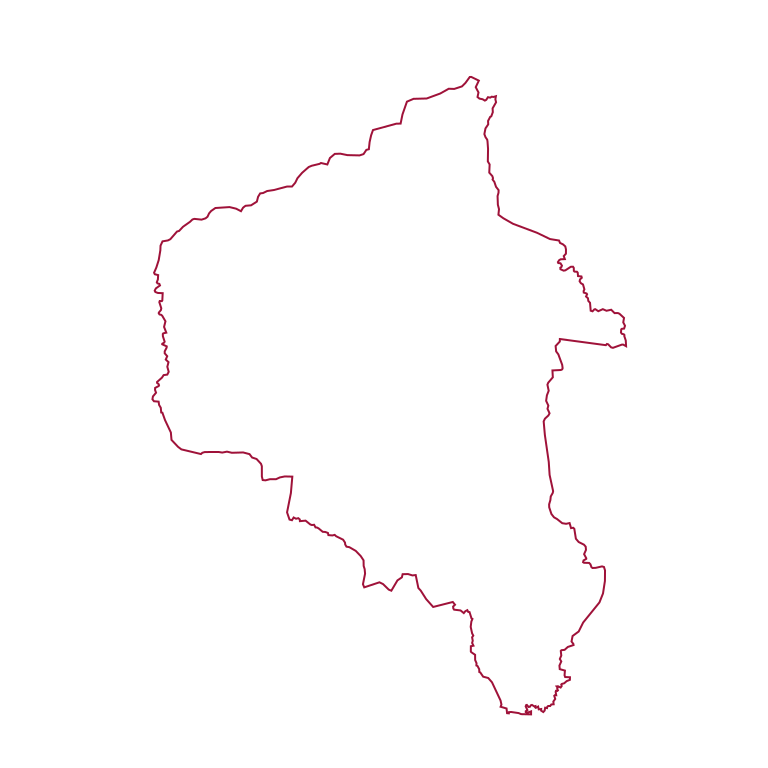 Cam Lo, Quảng Trị, Vietnam, rotated 96°
{"feature_id": "81297802B81560237884054", "entity_name": "Cam Lo", "entity_type": "district", "adm_level": 2, "iso_a3": "VNM", "parent_name": "Vietnam", "parent_adm1": "Quảng Trị", "projection": "orthographic", "projection_center": [107.0, 16.785], "detail": "fine", "context": "isolated", "style": "outline", "palette": "rose", "viewbox_px": 768, "rotation_deg": 96, "n_neighbors": 0, "source": "geoboundaries", "source_scale": "gbopen_adm2", "svg_char_len": 6128}
<svg xmlns="http://www.w3.org/2000/svg" viewBox="0 0 768 768"><g transform="rotate(96 384 384)"><path d="M697.2,203.2L694.2,203.5L695.8,206.9L695.5,208.7L694.6,208.8L693.3,207.3L689.8,209.4L688.4,209.0L688.2,208.4L690.1,206.4L689.7,205.1L688.2,204.4L687.7,203.3L688.9,200.9L688.5,199.8L689.8,199.8L690.2,199.2L688.7,197.0L691.4,196.1L690.8,193.7L692.4,193.6L693.6,191.3L692.0,190.1L689.1,189.9L689.3,188.0L688.0,187.9L687.1,187.1L686.9,185.1L685.2,184.1L684.8,181.8L682.1,182.4L679.3,180.8L676.3,182.1L675.5,181.4L675.5,180.2L672.3,181.1L671.2,180.9L671.2,179.7L670.5,179.0L669.1,179.9L668.0,179.6L666.7,180.7L666.4,179.4L667.4,176.6L665.8,175.7L664.3,176.3L663.7,175.8L662.8,173.5L660.4,171.3L658.8,168.2L656.2,168.4L656.5,173.2L654.8,174.0L650.1,174.1L649.2,179.4L645.7,180.1L641.4,178.7L639.1,180.4L635.5,179.3L631.0,180.3L630.2,179.7L629.5,176.6L626.3,173.7L623.8,168.2L622.7,168.5L620.5,170.6L614.9,170.1L609.8,164.5L600.4,161.0L578.7,146.9L569.4,144.3L556.8,143.7L546.3,144.7L543.0,146.1L542.6,148.1L544.7,154.2L545.2,157.4L544.4,158.6L541.8,159.8L540.5,161.3L540.9,166.4L540.4,167.4L538.6,167.1L536.8,164.6L536.2,164.6L532.3,167.2L527.9,165.8L524.7,166.4L522.9,168.3L520.8,173.9L517.8,177.0L508.1,179.6L507.2,180.8L507.8,182.9L502.9,184.9L504.0,188.3L503.8,192.2L500.2,197.8L498.8,201.0L495.8,203.9L489.4,206.8L486.4,207.2L482.0,206.4L478.4,206.4L474.7,204.8L472.9,204.6L457.1,209.8L444.3,212.0L417.8,218.7L404.5,221.3L401.6,220.3L398.1,217.2L395.8,216.3L391.6,218.8L388.3,218.3L383.8,221.0L378.2,220.8L373.5,219.5L367.6,221.4L365.5,220.8L359.7,216.8L352.9,217.9L351.6,209.6L350.8,208.3L349.6,208.0L346.3,208.8L336.3,213.7L333.6,216.2L328.3,217.3L323.4,213.6L320.9,213.8L322.2,167.4L320.9,166.5L321.1,165.2L323.8,162.0L324.1,160.1L319.9,151.4L319.8,150.3L321.1,147.2L315.5,148.1L311.3,150.0L310.2,150.0L309.5,150.7L309.2,152.7L308.1,153.7L304.9,153.8L304.3,153.3L303.8,151.0L300.9,150.4L297.7,152.5L293.2,152.2L289.5,157.2L289.0,158.8L289.4,162.1L286.4,165.8L287.9,170.4L286.7,174.2L289.2,178.5L287.5,181.7L287.8,182.6L289.9,184.2L289.5,186.1L281.7,187.6L280.0,189.5L277.4,190.1L275.9,192.2L273.5,191.4L272.8,192.0L272.2,194.9L270.7,195.2L268.9,194.6L264.2,196.5L263.2,198.7L261.4,200.2L259.5,200.0L257.7,198.4L256.4,198.9L256.4,202.3L253.0,203.0L252.2,203.8L252.3,206.3L251.7,207.0L248.7,207.4L247.6,208.3L247.9,210.5L252.0,215.5L252.5,217.2L251.4,220.5L249.9,220.8L249.1,219.8L247.7,219.4L245.5,221.1L245.5,223.3L244.6,223.8L242.5,222.7L241.5,221.3L240.9,217.2L238.0,218.6L235.4,216.7L231.1,217.1L228.2,218.1L226.4,220.6L225.3,223.7L223.0,224.9L222.5,234.1L217.6,247.7L211.2,272.4L206.7,282.6L203.7,287.9L198.1,287.9L193.8,289.5L185.2,290.7L181.8,290.1L179.2,290.3L176.2,293.2L171.4,295.4L169.3,297.4L167.9,297.1L165.9,298.0L162.8,301.4L154.6,301.9L151.8,304.0L139.3,305.1L132.0,306.4L130.2,306.9L128.0,308.8L125.0,310.3L119.2,309.8L114.9,307.5L111.5,308.0L107.2,306.3L106.6,305.3L102.3,304.2L98.5,304.8L92.1,302.0L89.2,303.0L86.1,302.8L87.1,305.2L87.0,306.9L88.1,308.3L87.9,310.6L90.7,312.0L91.6,313.3L90.5,315.7L90.2,318.9L88.8,321.0L84.2,320.5L79.2,323.8L72.4,321.4L69.5,329.3L69.7,330.8L76.1,334.5L79.9,337.6L83.2,345.0L83.6,350.5L89.2,358.4L95.6,371.4L97.3,384.4L100.8,390.7L114.0,393.8L123.3,394.7L123.8,398.9L132.6,421.5L138.0,422.8L144.9,423.6L152.1,423.6L153.0,426.0L157.5,428.4L159.2,432.2L160.2,444.3L159.5,451.5L160.3,457.0L164.9,461.4L171.6,463.3L170.8,469.8L171.8,471.1L174.5,478.7L176.1,481.6L182.5,487.5L188.4,491.6L193.1,493.3L197.2,496.1L197.8,501.2L202.6,513.8L204.3,520.4L206.7,524.2L207.4,527.1L211.0,528.8L215.9,529.5L220.2,534.9L221.2,540.2L221.9,541.1L223.4,542.6L227.1,544.3L225.1,549.4L224.2,556.1L226.6,570.1L230.0,574.0L232.6,575.8L236.1,577.0L237.9,578.8L239.6,582.6L239.6,589.9L240.4,591.7L243.0,593.9L248.6,600.3L253.2,603.8L254.0,605.8L262.3,611.6L263.8,613.9L265.3,619.2L269.8,620.7L274.4,620.4L284.3,621.0L292.0,622.6L297.4,624.3L298.8,623.4L299.3,620.0L303.6,619.8L306.6,620.6L307.6,619.8L307.9,617.9L309.4,617.1L312.8,620.9L315.2,621.8L316.4,621.0L317.1,618.5L316.8,613.6L324.1,613.2L324.8,613.6L324.9,615.7L326.1,616.0L332.0,613.4L333.8,613.6L336.5,615.4L337.3,615.4L338.3,614.5L338.5,612.8L339.3,611.7L344.5,607.9L350.2,608.7L355.7,605.9L356.7,608.8L357.4,609.2L359.6,608.9L364.8,606.6L365.8,606.9L367.1,608.7L367.7,608.7L369.3,604.0L370.6,604.0L374.4,605.5L376.4,605.3L379.0,602.5L382.5,603.6L384.8,600.6L389.5,601.3L394.4,599.4L397.3,600.5L398.2,604.1L400.9,605.5L405.7,609.9L406.6,609.8L407.7,608.1L408.8,607.6L409.6,607.9L411.8,611.2L413.8,611.1L416.5,609.8L420.5,612.5L423.4,612.7L425.2,611.0L425.1,606.3L428.3,605.5L431.0,603.5L435.6,602.6L435.7,601.4L442.8,598.0L454.5,590.9L461.8,589.5L468.0,582.3L470.2,578.7L472.8,558.7L471.4,557.5L470.4,555.1L468.9,541.2L469.1,537.7L467.7,533.1L468.3,528.1L466.8,516.9L467.8,510.4L470.9,507.5L471.9,502.9L476.2,498.0L478.5,496.9L488.7,495.8L492.2,494.6L492.2,491.8L490.6,487.5L490.0,481.5L487.8,477.8L486.3,473.0L485.7,465.5L502.2,465.2L521.8,467.0L528.7,463.8L529.1,461.3L526.2,459.9L527.2,457.4L526.4,455.2L527.5,453.6L529.2,453.3L528.1,447.7L531.4,442.6L531.8,441.0L531.3,438.8L533.8,437.1L533.7,435.8L534.4,434.0L537.4,429.5L537.3,426.9L538.0,424.2L540.1,423.5L540.0,419.4L539.2,417.3L540.4,415.7L543.1,408.4L545.8,406.2L547.7,405.8L549.7,404.3L549.9,401.4L552.9,394.7L557.5,389.2L561.5,385.9L567.1,385.2L570.1,383.9L574.6,383.0L585.3,384.0L588.3,382.4L581.7,367.8L583.1,364.0L588.0,357.8L588.8,355.1L577.9,350.1L574.4,346.0L571.2,345.6L570.5,340.2L571.4,335.7L570.7,332.5L583.3,328.5L585.6,325.9L593.5,319.6L600.6,311.8L593.6,292.8L596.1,290.3L598.1,292.0L600.0,291.6L601.1,290.7L601.2,284.2L603.5,280.7L601.5,279.4L600.2,277.5L601.9,276.4L601.9,275.1L607.9,272.5L608.4,271.5L611.1,272.3L616.5,272.4L622.8,270.3L624.9,268.9L626.7,269.9L630.1,268.9L632.3,269.3L634.9,267.7L635.7,270.2L640.9,269.7L641.6,269.2L643.8,265.1L649.0,264.5L652.0,262.8L654.3,262.7L654.7,261.5L657.7,259.5L660.5,259.1L660.8,258.1L664.7,254.8L665.5,249.6L669.4,245.4L686.6,235.0L690.5,233.7L692.8,234.3L693.9,228.2L698.5,227.2L698.5,225.4L697.3,225.4L696.9,223.3L697.2,215.7L698.0,213.1L697.2,203.2Z" fill="none" stroke="#9f1239" stroke-width="2"/></g></svg>